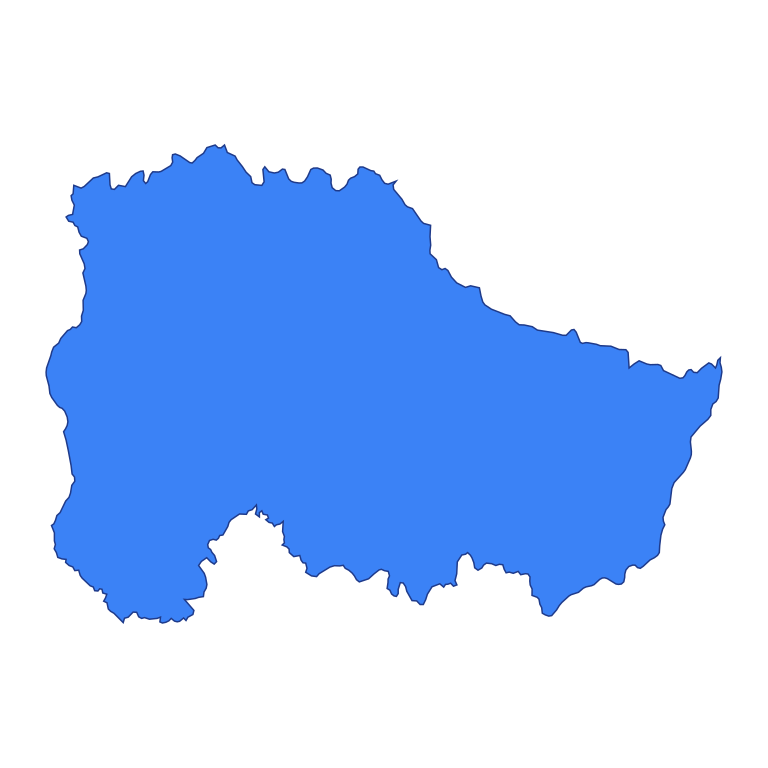 Pontal do Araguaia, Mato Grosso, Brazil
{"feature_id": "56859067B86336317934865", "entity_name": "Pontal do Araguaia", "entity_type": "district", "adm_level": 2, "iso_a3": "BRA", "parent_name": "Brazil", "parent_adm1": "Mato Grosso", "projection": "equal_earth", "projection_center": [-52.708, -15.917], "detail": "fine", "context": "isolated", "style": "filled", "palette": "blue", "viewbox_px": 768, "rotation_deg": 0, "n_neighbors": 0, "source": "geoboundaries", "source_scale": "gbopen_adm2", "svg_char_len": 6038}
<svg xmlns="http://www.w3.org/2000/svg" viewBox="0 0 768 768"><path d="M313.5,168.1L310.8,169.5L307.5,176.8L304.6,181.1L301.9,182.9L299.0,183.0L294.1,182.3L291.2,181.3L288.7,178.9L284.9,169.5L282.4,169.1L278.3,172.2L274.3,173.0L268.9,171.8L264.8,166.8L262.9,169.5L264.1,181.8L261.8,185.4L254.8,184.7L252.0,182.7L250.7,176.6L246.1,172.2L242.3,166.5L237.1,159.9L235.1,156.1L227.3,152.5L224.5,145.0L221.0,147.9L218.1,147.8L215.2,145.0L206.9,147.6L203.5,153.3L197.1,157.6L194.9,160.5L192.2,163.0L189.8,162.6L180.1,155.9L175.3,154.0L172.6,154.7L172.1,157.8L172.7,162.1L170.8,165.6L161.1,171.4L158.6,172.0L152.8,171.8L150.5,174.5L147.7,181.7L145.7,183.5L143.4,180.7L144.0,175.2L143.1,171.0L140.4,171.3L135.7,173.5L131.6,176.8L125.4,186.6L118.5,185.3L114.4,189.4L111.3,188.9L110.0,184.8L109.4,173.5L106.6,172.8L97.9,176.9L93.3,178.0L84.2,186.5L81.1,188.1L73.8,185.3L73.1,193.8L71.1,195.7L71.9,200.2L74.3,205.1L72.6,214.4L68.4,215.4L66.1,217.0L68.7,221.2L73.1,222.2L74.9,225.5L77.7,226.9L79.1,232.3L81.3,236.2L86.9,238.3L88.4,241.7L87.3,244.6L83.3,248.8L79.6,250.0L79.8,253.8L84.2,263.8L85.0,268.5L82.9,273.0L85.9,286.1L86.3,290.4L85.9,293.5L83.1,300.3L83.3,310.4L81.5,316.1L81.7,321.5L79.7,324.8L76.3,327.7L72.5,327.0L70.2,329.5L67.5,330.6L60.8,338.4L58.7,343.1L53.6,347.2L51.7,352.0L50.9,355.5L46.6,367.9L46.1,372.1L46.3,375.7L49.0,385.9L49.9,393.5L51.7,397.4L57.4,405.4L59.7,407.4L62.1,408.3L64.7,411.1L67.2,417.0L67.9,421.8L67.2,425.4L65.6,428.7L63.6,431.7L66.1,440.1L68.3,450.5L71.1,465.6L72.1,474.0L74.5,477.0L74.8,481.2L71.8,485.3L70.5,493.1L69.0,497.4L65.7,501.0L60.1,512.6L56.9,515.5L55.4,520.5L53.8,523.9L51.5,525.5L54.4,532.8L54.4,540.9L55.4,544.5L54.2,548.8L56.4,552.6L57.8,557.4L61.9,558.9L66.1,559.4L65.6,562.4L69.1,565.5L72.8,566.9L74.8,570.6L78.7,570.2L80.2,575.4L82.1,578.1L90.2,585.8L93.3,587.0L94.7,590.7L97.9,591.0L99.7,588.8L102.0,589.3L102.8,593.0L106.8,594.2L105.5,597.9L103.7,601.2L107.0,602.8L108.3,609.0L110.6,611.3L114.0,613.3L123.2,622.6L124.5,618.2L128.2,617.2L133.1,612.1L136.7,612.3L138.7,616.8L141.6,618.4L144.5,617.6L149.4,619.2L157.2,618.4L160.5,617.1L159.9,621.9L162.4,623.0L165.8,622.3L168.9,620.8L171.2,618.4L174.5,621.1L177.2,621.8L179.6,621.3L183.6,618.0L186.0,620.5L187.9,617.2L192.9,614.5L193.9,610.4L184.4,599.4L187.5,599.6L195.2,598.5L198.8,597.3L203.4,596.6L204.0,592.0L206.2,588.2L206.9,584.5L205.6,577.2L204.2,573.3L198.6,565.5L201.4,561.4L206.7,557.7L210.8,561.9L214.2,564.1L216.6,561.6L214.6,555.5L211.9,552.3L210.6,549.5L208.3,547.8L207.7,544.6L209.5,540.5L213.1,539.3L216.3,540.1L218.4,538.3L219.7,535.5L222.9,535.0L227.8,526.5L229.0,522.4L231.1,519.7L239.5,514.0L246.4,514.3L248.3,510.9L252.1,509.7L256.4,505.0L256.8,509.0L255.5,514.0L259.4,516.9L259.4,512.6L261.8,510.8L263.2,514.2L267.4,515.0L268.5,518.1L265.8,519.7L269.0,522.4L272.3,523.1L274.4,526.5L276.4,524.8L280.0,524.0L283.2,521.4L282.6,531.6L284.4,536.4L283.9,539.5L284.4,542.9L282.2,545.0L286.9,546.9L289.1,549.1L289.3,552.6L293.8,556.6L299.8,555.5L301.1,560.2L303.0,562.8L305.7,563.1L307.0,568.3L305.7,572.3L311.5,575.9L316.6,576.6L319.1,573.7L329.9,567.1L334.4,565.7L339.7,565.9L343.3,565.3L345.2,568.3L348.8,570.2L352.2,573.1L354.4,575.9L356.5,579.7L359.3,581.9L368.6,578.8L374.0,573.9L379.1,569.9L381.4,569.3L384.5,570.7L388.3,571.4L389.5,575.9L388.1,579.0L388.0,582.6L387.1,588.5L389.9,590.2L391.6,594.0L394.0,595.9L396.4,596.4L398.2,593.6L398.2,589.4L400.3,582.6L403.2,583.0L405.6,586.6L406.8,591.3L412.0,600.6L416.7,600.9L420.1,604.5L423.3,604.5L425.7,599.6L427.4,594.2L432.0,586.8L439.8,583.8L443.7,587.1L445.5,584.4L447.9,584.2L450.6,583.2L453.5,586.2L456.9,584.9L455.0,580.6L456.7,573.8L457.3,561.9L461.8,555.0L465.6,554.2L467.6,552.6L470.4,555.2L472.0,557.9L473.8,562.6L474.7,567.8L478.0,570.2L481.8,568.0L483.6,565.1L486.4,563.1L491.7,563.7L495.8,565.5L499.3,564.3L502.8,564.7L504.2,569.3L506.1,572.8L509.3,572.1L513.3,573.3L518.2,571.4L520.7,574.7L525.4,573.7L528.0,574.0L530.0,576.9L529.8,581.1L530.2,585.0L532.1,589.0L532.0,595.4L537.2,597.3L539.0,599.2L539.9,604.2L541.7,607.7L542.3,613.2L545.3,614.9L548.8,616.1L551.7,615.6L556.6,609.9L559.3,605.5L561.8,602.5L568.8,596.1L571.1,594.7L578.5,592.3L583.3,588.2L586.0,586.9L591.6,585.7L594.1,584.6L599.7,579.4L602.3,578.0L604.7,577.8L607.3,578.6L616.0,584.0L618.6,584.4L621.4,584.0L623.8,581.8L624.7,577.4L624.8,574.1L625.9,570.0L628.8,566.5L632.7,565.1L635.2,565.2L637.5,567.6L640.3,568.3L643.2,566.3L650.1,559.9L654.4,557.7L657.5,555.4L659.3,552.6L659.7,545.6L660.9,535.3L662.6,529.2L664.8,524.8L663.4,521.2L663.0,517.4L666.0,509.6L668.2,507.0L669.9,504.1L671.8,488.5L674.1,482.6L683.3,472.4L685.3,469.6L690.4,457.9L691.3,454.6L691.4,451.3L690.4,441.9L691.0,437.0L700.1,426.1L707.9,419.3L710.8,415.4L710.8,409.5L712.8,404.0L716.1,401.5L718.2,398.0L719.1,385.2L720.7,379.2L721.9,371.9L721.3,367.3L720.0,362.7L720.4,357.7L717.8,360.3L716.8,364.9L715.5,368.0L711.5,364.0L708.8,362.9L701.5,368.3L697.2,372.7L693.6,372.3L691.1,369.6L688.7,370.0L686.8,371.9L684.9,375.6L683.0,377.8L679.8,378.3L663.5,370.6L660.8,365.5L657.9,364.5L650.2,364.7L646.8,364.0L639.1,360.8L634.2,363.9L629.1,368.0L628.1,352.4L625.9,349.7L619.1,349.5L610.9,346.2L600.2,345.7L596.5,344.3L588.8,342.9L586.0,342.6L582.5,343.4L580.3,342.4L576.2,332.2L574.0,329.5L571.4,330.0L566.2,335.3L562.7,335.3L553.4,332.6L537.4,330.1L532.3,326.7L524.3,325.0L519.2,324.8L515.5,321.9L510.1,315.8L504.7,314.4L491.4,309.2L484.9,304.9L482.8,302.0L481.0,296.0L479.4,287.8L470.6,285.8L465.5,287.4L456.7,282.9L451.4,277.1L447.9,270.5L445.1,268.5L441.9,269.7L438.6,267.6L436.4,259.7L430.1,253.8L429.9,250.2L430.7,245.2L430.0,236.7L430.6,225.3L423.6,223.4L421.0,221.0L412.5,208.6L407.4,206.8L405.0,204.7L401.9,199.2L393.7,189.4L393.1,184.9L396.1,181.1L388.1,184.2L384.6,183.3L381.9,179.7L379.7,175.3L375.5,173.7L373.8,171.1L370.8,170.6L363.0,167.0L359.9,167.0L358.1,169.2L357.8,173.9L354.6,176.6L350.6,178.2L348.5,180.2L347.0,184.2L344.6,187.1L339.3,190.8L335.7,190.6L332.2,187.7L331.0,183.1L331.2,179.2L330.2,175.1L326.1,173.3L323.0,170.0L317.4,168.0L313.5,168.1Z" fill="#3b82f6" stroke="#1e3a8a" stroke-width="1.5"/></svg>